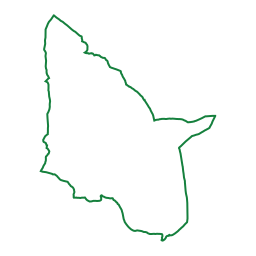 outline of Kongwa, Dodoma, United Republic of Tanzania
{"feature_id": "72390352B66245716936383", "entity_name": "Kongwa", "entity_type": "district", "adm_level": 2, "iso_a3": "TZA", "parent_name": "United Republic of Tanzania", "parent_adm1": "Dodoma", "projection": "albers", "projection_center": [36.568, -5.974], "detail": "fine", "context": "isolated", "style": "outline", "palette": "green", "viewbox_px": 256, "rotation_deg": 0, "n_neighbors": 0, "source": "geoboundaries", "source_scale": "gbopen_adm2", "svg_char_len": 5715}
<svg xmlns="http://www.w3.org/2000/svg" viewBox="0 0 256 256"><path d="M40.8,171.1L42.5,171.7L46.2,172.2L51.2,173.6L52.2,173.9L52.6,174.3L52.9,174.4L53.5,174.4L54.1,174.3L54.8,174.4L55.0,174.6L55.5,174.9L56.8,175.9L57.2,176.3L58.0,177.3L58.6,177.9L59.8,179.3L60.5,179.8L61.1,180.1L63.7,180.9L67.6,181.8L68.2,182.6L69.0,183.9L69.6,184.5L70.1,185.1L70.5,185.7L70.9,186.2L71.8,186.6L72.3,187.1L72.8,187.4L73.3,188.1L73.8,189.1L74.1,189.9L74.1,190.8L74.4,191.8L74.3,192.5L73.6,194.3L73.6,195.3L73.8,196.0L73.6,197.0L73.9,197.7L75.1,197.7L76.6,197.6L76.9,197.8L78.9,197.8L80.3,198.0L81.7,197.7L83.7,197.7L84.9,197.5L86.4,199.5L87.3,200.3L89.6,201.5L91.4,201.4L92.5,201.1L93.2,200.9L93.9,200.9L96.0,200.9L97.1,201.0L98.4,200.9L99.5,200.8L100.1,200.6L100.9,200.1L101.2,199.5L101.2,199.1L101.1,197.4L100.7,196.4L100.8,195.8L101.1,195.5L101.6,195.3L102.0,195.5L102.3,195.9L102.9,196.4L103.9,196.7L105.1,197.4L106.4,197.8L108.5,198.0L110.1,198.4L112.3,198.2L112.7,198.3L113.6,200.0L114.6,200.4L115.8,201.5L116.4,202.3L117.2,202.7L117.7,204.0L118.7,204.6L120.2,207.5L120.8,208.4L121.7,210.1L122.0,211.4L122.6,213.3L123.7,219.1L124.3,220.5L124.7,221.9L126.1,224.0L127.5,225.8L128.7,227.2L130.9,229.2L132.2,230.0L133.4,230.6L134.4,230.9L135.5,230.9L136.7,230.5L137.2,230.4L139.8,230.8L140.6,230.9L141.7,231.1L143.4,231.8L143.5,231.9L144.5,232.0L145.2,232.0L145.8,232.1L147.0,232.5L147.5,233.0L148.0,233.3L149.8,234.0L151.5,234.0L154.2,233.8L155.0,234.0L156.9,233.8L159.7,233.9L161.1,234.0L162.0,234.2L162.3,234.7L162.3,235.3L162.5,236.0L161.9,237.8L162.1,238.5L162.2,239.1L162.0,239.5L161.7,239.7L161.6,240.2L161.9,240.4L162.3,240.5L162.7,240.6L163.5,240.2L164.6,239.4L165.5,238.3L166.1,237.1L166.2,236.7L166.9,236.1L167.5,235.9L168.1,235.9L168.9,235.7L168.9,235.2L169.3,234.9L169.7,235.2L170.2,235.3L171.3,235.3L172.2,235.1L173.0,234.7L174.9,233.5L177.5,231.5L178.5,230.6L179.2,229.8L180.4,228.8L181.3,227.9L183.2,226.3L184.2,225.1L185.3,223.9L187.0,222.3L187.1,222.0L187.5,218.6L187.5,216.4L187.4,210.5L187.4,209.5L187.3,203.0L187.0,199.0L186.8,197.2L186.2,194.6L185.9,193.0L185.6,190.7L185.1,184.6L185.0,183.4L184.9,182.4L184.9,181.0L184.0,177.5L183.6,173.7L183.2,171.2L182.7,166.5L182.5,165.9L182.2,164.0L180.5,153.4L180.0,151.6L179.6,149.4L179.0,148.1L179.1,147.7L179.7,147.1L180.7,146.3L185.6,141.5L189.4,138.3L191.2,136.8L191.7,136.2L192.9,135.8L194.4,135.4L195.1,135.1L196.3,134.7L197.7,134.4L198.9,134.0L199.9,133.4L202.0,132.1L202.8,131.7L203.9,131.0L205.0,130.3L205.7,130.0L206.4,129.6L208.5,128.5L209.5,127.8L210.0,126.7L211.7,123.7L212.5,121.5L214.7,117.1L215.2,116.1L215.2,115.9L214.0,115.9L212.0,115.9L206.8,116.3L205.4,116.3L201.8,118.2L199.2,119.4L196.0,120.8L195.6,120.9L194.9,121.1L194.5,121.2L194.3,121.4L194.0,121.4L193.4,121.6L192.3,121.8L190.9,122.0L189.7,122.2L189.2,122.1L188.3,122.3L187.6,122.2L187.1,121.8L186.4,121.4L185.7,120.9L185.0,120.6L184.5,120.5L183.3,119.8L182.2,119.4L181.1,119.2L179.9,119.1L176.9,119.0L173.6,118.7L172.9,118.7L172.4,118.6L170.8,118.8L170.2,118.6L169.4,118.6L167.6,118.8L167.1,118.9L166.4,119.0L165.2,119.0L164.0,118.8L163.2,118.9L161.7,118.9L160.9,119.1L159.6,119.2L158.6,119.6L158.0,119.7L157.3,119.7L156.0,119.9L155.3,120.0L155.0,120.2L154.7,120.5L154.3,120.6L153.4,116.6L153.3,116.0L153.2,115.6L153.1,115.4L152.7,114.2L152.1,113.2L150.6,110.3L150.3,109.4L149.9,108.5L149.2,107.6L149.0,107.4L147.6,105.0L146.1,102.7L144.9,100.8L144.8,100.5L144.7,100.6L144.4,100.4L143.3,98.8L142.4,97.0L141.2,95.9L140.5,95.4L139.5,94.1L138.9,93.6L137.8,92.4L137.4,92.1L136.9,91.6L135.4,90.8L133.3,89.0L131.7,88.1L131.5,87.9L130.7,87.2L130.1,86.9L129.3,86.8L129.2,86.5L127.2,85.3L127.1,85.1L126.6,84.6L126.1,84.5L126.0,83.8L125.7,82.5L125.4,82.0L125.2,80.7L124.8,80.2L124.7,79.8L124.0,78.7L123.9,78.4L123.1,77.3L122.3,75.6L122.1,74.8L121.5,74.0L121.3,73.4L121.1,73.1L120.9,72.7L120.9,72.2L120.9,71.8L120.7,71.2L120.0,70.8L117.5,69.8L115.9,69.2L114.3,68.7L113.2,68.3L111.3,67.7L110.2,67.1L109.9,67.0L109.7,66.5L108.8,64.9L108.3,63.9L108.3,63.6L108.0,63.2L107.6,61.4L107.2,60.7L106.0,59.9L105.1,58.3L104.8,58.0L104.4,57.9L103.1,57.9L102.2,57.5L101.8,57.3L101.2,57.1L100.6,56.6L100.0,56.0L99.7,55.9L99.3,55.4L98.3,55.3L97.2,55.1L96.6,55.0L96.4,54.9L96.2,54.8L95.9,54.8L95.8,55.0L94.8,55.3L94.5,55.4L94.3,55.4L94.0,54.8L93.3,54.2L93.0,53.8L92.7,53.5L92.3,53.4L91.7,53.5L91.3,53.2L90.5,53.4L89.8,53.5L89.1,53.7L88.6,53.6L88.4,53.5L88.2,53.3L87.9,53.1L87.0,53.2L86.2,53.1L85.6,53.0L84.8,52.6L85.7,52.0L86.6,51.1L87.1,50.5L87.4,49.7L87.4,49.2L87.5,46.2L87.1,44.9L86.8,44.5L86.2,43.8L86.0,43.3L85.4,42.7L84.0,42.2L82.9,41.6L82.1,41.3L82.2,40.8L82.2,39.8L82.0,39.0L81.7,38.2L81.8,37.1L81.5,36.4L80.6,36.0L79.7,35.7L78.4,34.6L75.3,31.8L73.8,31.0L71.7,29.4L67.2,25.4L64.8,23.6L62.7,21.8L60.9,20.9L58.9,19.2L56.5,17.6L53.9,15.4L53.7,15.4L53.3,16.1L51.0,19.5L48.9,21.9L47.8,24.0L47.0,26.1L45.6,29.4L45.5,37.5L45.0,40.2L45.2,43.9L44.1,49.2L44.3,50.1L45.3,51.5L45.9,53.1L45.5,56.1L46.1,60.8L45.7,66.3L46.0,68.5L46.5,69.7L46.6,70.8L46.5,72.1L46.7,72.7L46.7,73.5L47.0,74.0L47.1,74.7L48.1,76.1L49.0,78.1L48.6,78.3L45.6,81.3L46.4,81.7L47.6,82.4L48.2,83.7L48.5,84.7L48.5,88.3L48.4,90.4L48.8,91.5L49.2,96.5L49.5,97.8L49.9,99.6L50.1,101.3L49.8,103.3L49.7,105.0L49.8,106.4L49.7,107.6L49.4,109.3L48.4,111.9L47.3,114.0L47.5,118.0L48.1,126.1L48.0,127.0L47.9,128.3L47.9,132.4L47.8,132.5L47.8,134.2L47.0,134.7L45.3,136.1L44.5,137.4L43.7,139.0L43.2,139.9L43.3,140.9L43.4,141.5L43.8,142.0L44.9,142.5L45.9,143.2L46.1,143.7L46.3,144.8L47.1,145.3L46.7,147.1L46.6,148.1L47.6,148.6L48.1,149.3L49.3,151.3L49.0,152.6L48.6,153.7L47.8,154.2L47.5,154.9L46.9,155.7L46.0,156.5L45.8,157.5L45.9,158.9L45.8,160.8L45.3,162.1L45.2,163.2L43.6,165.7L42.7,167.9L41.3,170.1L40.8,171.1Z" fill="none" stroke="#15803d" stroke-width="2"/></svg>